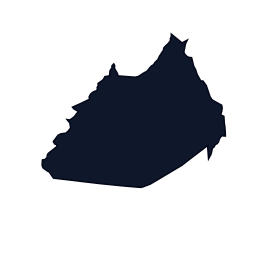 Paulista, Paraíba, Brazil, rotated 333°
{"feature_id": "56859067B46882677849829", "entity_name": "Paulista", "entity_type": "district", "adm_level": 2, "iso_a3": "BRA", "parent_name": "Brazil", "parent_adm1": "Paraíba", "projection": "orthographic", "projection_center": [-37.594, -6.622], "detail": "fine", "context": "isolated", "style": "filled", "palette": "ink", "viewbox_px": 256, "rotation_deg": 333, "n_neighbors": 0, "source": "geoboundaries", "source_scale": "gbopen_adm2", "svg_char_len": 1706}
<svg xmlns="http://www.w3.org/2000/svg" viewBox="0 0 256 256"><g transform="rotate(333 128 128)"><path d="M220.7,76.6L214.8,76.7L209.2,64.0L208.2,66.0L206.6,67.4L205.3,69.5L202.5,70.9L198.7,72.0L196.3,72.9L194.7,75.0L192.5,76.0L190.7,77.2L188.6,78.3L186.9,79.7L185.4,80.8L183.5,81.3L181.5,82.0L179.5,83.2L177.0,83.4L174.7,84.2L173.1,85.1L170.7,86.0L167.9,86.1L166.3,86.2L164.4,86.4L160.7,86.8L157.5,86.0L155.8,85.0L142.7,77.0L143.3,74.7L143.2,71.8L143.0,69.7L143.4,67.9L144.5,66.3L144.4,64.4L142.1,65.2L140.6,67.5L138.9,68.1L137.6,69.3L136.5,71.3L135.3,72.9L133.3,72.6L130.8,71.7L128.3,73.5L126.1,74.1L124.0,74.3L121.5,74.7L120.6,76.8L119.0,77.8L118.3,79.4L117.1,80.6L115.2,80.2L113.0,80.1L110.1,80.8L107.4,82.7L106.9,84.9L97.1,84.7L88.0,84.2L88.4,86.3L91.4,90.9L89.1,91.7L85.4,93.5L82.4,94.1L79.9,94.4L77.5,92.8L78.0,95.2L78.5,96.8L77.0,101.8L74.0,103.3L70.5,104.4L65.5,102.7L62.3,102.7L55.3,106.2L55.4,108.9L57.3,111.1L55.5,112.4L45.5,114.4L44.0,115.3L42.5,117.5L39.9,118.4L37.3,117.6L35.9,119.8L34.5,122.3L34.2,124.9L35.4,127.4L36.7,129.9L37.9,131.5L38.4,135.8L38.9,138.9L77.6,164.7L99.9,179.0L112.2,186.6L114.2,187.2L122.4,188.1L149.8,186.3L159.0,185.7L169.4,183.7L190.9,179.8L185.8,192.0L187.8,190.6L189.8,189.3L191.7,187.2L193.9,184.4L195.9,184.0L198.3,182.4L200.4,182.4L202.5,181.3L203.8,179.8L205.7,178.4L208.0,177.5L211.1,179.4L212.6,176.3L214.9,170.8L216.1,167.2L218.7,161.2L216.6,158.2L219.1,155.7L221.0,152.9L221.8,150.2L217.6,144.1L215.9,141.4L215.5,139.8L215.3,137.1L217.0,125.8L216.1,120.1L214.2,119.2L214.0,115.2L213.9,111.5L214.7,106.7L214.6,102.7L216.6,94.2L214.0,92.5L212.8,90.4L212.1,88.2L212.2,85.7L217.5,79.0L220.7,76.6Z" fill="#0f172a" stroke="#020617" stroke-width="1.5"/></g></svg>